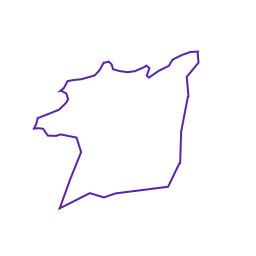 the district of Lidköping, Västra Götaland, Sweden, rotated 158°
{"feature_id": "70781695B58829616428329", "entity_name": "Lidköping", "entity_type": "district", "adm_level": 2, "iso_a3": "SWE", "parent_name": "Sweden", "parent_adm1": "Västra Götaland", "projection": "equal_earth", "projection_center": [13.062, 58.573], "detail": "fine", "context": "isolated", "style": "outline", "palette": "violet", "viewbox_px": 256, "rotation_deg": 158, "n_neighbors": 0, "source": "geoboundaries", "source_scale": "gbopen_adm2", "svg_char_len": 811}
<svg xmlns="http://www.w3.org/2000/svg" viewBox="0 0 256 256"><g transform="rotate(158 128 128)"><path d="M112.8,58.5L93.7,75.9L92.9,75.7L80.2,104.5L60.8,134.5L60.1,134.6L54.4,153.4L38.1,162.2L35.1,172.2L34.6,172.6L41.5,175.1L50.9,175.5L61.0,174.7L66.9,170.3L78.1,169.5L89.8,166.9L91.0,169.5L85.7,175.5L87.6,179.0L89.8,178.4L100.4,178.1L107.5,179.9L114.6,184.0L119.9,188.1L119.3,193.0L121.0,196.7L126.3,197.5L132.8,192.2L139.3,189.2L152.9,190.7L161.1,193.0L166.4,194.1L172.3,189.2L176.6,187.8L176.1,187.7L172.3,183.2L172.7,177.2L175.7,174.6L185.1,170.8L195.0,170.8L208.1,171.0L211.2,166.5L215.4,162.7L211.2,161.4L207.0,159.1L205.2,151.0L197.6,147.6L192.9,147.3L179.3,138.4L180.5,123.2L201.0,101.9L221.4,79.1L187.8,81.9L176.4,72.7L163.9,72.0L112.8,58.5Z" fill="none" stroke="#5b21b6" stroke-width="2"/></g></svg>